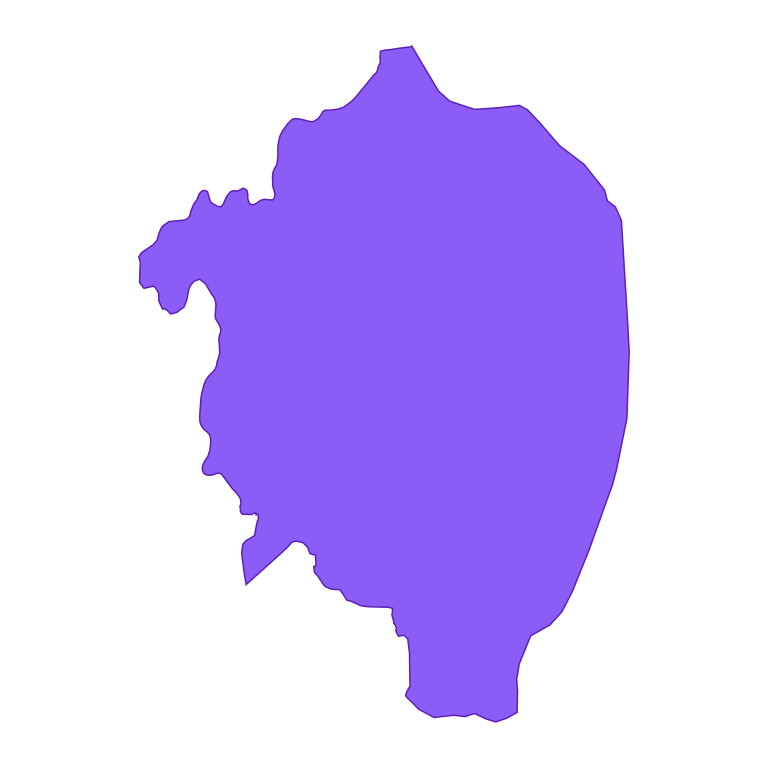 the district of Lamandau, Kalimantan Tengah, Indonesia
{"feature_id": "22746128B62127435888540", "entity_name": "Lamandau", "entity_type": "district", "adm_level": 2, "iso_a3": "IDN", "parent_name": "Indonesia", "parent_adm1": "Kalimantan Tengah", "projection": "equal_earth", "projection_center": [111.153, -1.823], "detail": "fine", "context": "isolated", "style": "filled", "palette": "violet", "viewbox_px": 768, "rotation_deg": 0, "n_neighbors": 0, "source": "geoboundaries", "source_scale": "gbopen_adm2", "svg_char_len": 5270}
<svg xmlns="http://www.w3.org/2000/svg" viewBox="0 0 768 768"><path d="M246.1,584.6L266.8,566.1L287.1,547.7L291.8,542.4L294.4,541.3L297.3,541.3L303.0,542.7L307.5,547.1L310.1,553.7L315.2,555.1L315.4,555.1L315.4,555.5L316.1,565.1L313.7,566.7L314.5,572.5L318.0,576.3L322.8,583.7L325.2,586.6L331.6,589.2L340.0,589.8L344.3,596.0L346.7,600.1L351.4,601.4L360.5,605.6L367.7,606.7L369.7,606.8L373.9,606.9L387.5,607.2L392.2,608.1L392.5,611.0L391.9,615.1L393.7,621.3L393.8,623.3L395.1,624.9L396.5,628.4L395.8,630.1L396.3,632.1L398.5,636.3L403.9,635.2L407.8,639.0L409.5,653.3L409.8,674.1L409.9,681.2L410.0,682.9L410.1,685.9L407.0,691.3L405.6,695.4L406.4,696.9L414.6,705.0L418.6,709.2L434.1,717.5L446.2,716.1L453.2,715.3L453.3,715.3L453.8,715.3L464.9,716.6L474.6,713.5L481.5,716.8L486.0,718.9L495.7,721.9L506.8,718.2L517.1,712.4L517.5,690.3L517.0,685.0L516.7,678.2L517.8,672.9L519.2,664.0L530.7,635.8L550.0,624.9L561.9,611.8L566.3,603.3L569.5,596.9L572.3,591.6L579.8,572.9L589.1,549.9L594.4,534.9L596.1,530.4L596.3,529.8L599.9,519.7L605.0,505.3L612.4,485.0L614.9,475.5L616.3,470.5L624.2,431.7L626.9,418.3L627.8,392.0L628.8,363.9L629.2,352.1L627.9,327.0L621.4,220.5L615.3,206.8L607.4,200.8L604.5,190.0L590.0,171.8L584.4,164.7L559.4,145.6L540.3,123.4L527.6,109.9L519.3,105.4L514.0,106.0L499.1,107.7L474.5,109.4L449.8,101.2L438.5,91.1L420.5,60.9L411.8,46.1L411.3,46.8L406.1,47.4L395.8,48.7L391.5,49.5L384.5,50.2L380.5,51.2L380.0,56.5L380.3,61.8L379.8,63.9L378.0,67.3L377.5,70.1L376.7,72.2L375.3,73.7L373.1,75.5L372.3,76.8L369.2,80.7L362.8,88.5L355.6,97.2L353.6,99.3L351.9,101.0L349.0,103.3L343.9,107.0L338.3,109.1L331.7,109.9L331.6,110.0L328.7,110.3L325.3,110.1L323.1,111.4L321.2,114.5L319.5,117.0L317.8,118.9L314.1,121.2L312.0,121.8L310.4,121.5L308.5,121.2L305.4,120.4L300.4,119.1L295.2,118.6L292.2,119.3L287.4,124.2L282.6,130.7L279.7,136.6L277.9,145.9L277.9,155.2L277.2,163.2L275.9,166.5L274.3,168.9L272.9,172.7L272.5,176.8L272.7,182.1L272.6,185.2L273.3,188.2L274.0,190.2L274.9,194.0L274.5,197.5L272.7,199.9L269.5,199.9L265.0,199.3L261.8,199.9L259.2,201.3L257.2,202.8L255.4,203.9L252.6,204.8L250.5,204.3L249.0,202.4L247.8,199.0L247.8,194.6L246.9,190.4L245.5,189.1L242.9,188.2L241.1,189.3L237.5,191.1L234.8,190.8L232.7,190.8L230.7,191.6L228.8,193.7L226.5,196.9L224.7,200.8L223.4,203.9L221.2,206.6L219.4,206.6L217.0,206.1L212.6,203.5L210.6,202.0L209.7,199.2L207.5,191.6L204.6,190.4L201.9,191.0L199.2,193.8L197.0,199.6L193.7,204.2L190.6,211.8L190.3,214.3L188.4,217.9L185.0,220.0L169.0,221.6L166.1,223.6L162.1,226.6L159.2,232.5L159.1,232.8L159.0,233.2L157.9,237.1L156.9,240.6L155.5,242.1L154.2,243.5L152.9,244.9L149.1,247.5L146.4,249.4L146.1,249.5L143.9,251.1L143.5,251.3L141.4,252.8L140.4,254.4L140.0,255.1L138.8,256.8L140.3,262.6L140.1,266.7L139.9,271.2L139.7,278.1L139.6,280.3L139.5,282.3L143.9,288.3L149.8,287.0L152.8,286.3L153.3,286.1L155.4,287.6L158.4,292.7L158.5,292.8L158.6,295.5L158.6,295.8L158.7,297.1L158.9,301.2L159.5,302.5L162.5,309.1L163.6,308.8L164.3,308.6L166.2,309.8L167.2,310.4L167.3,310.5L167.5,310.7L170.6,314.0L176.7,312.4L177.5,311.9L179.4,310.4L181.0,309.2L183.1,307.8L183.9,307.2L184.7,305.3L184.8,305.0L185.0,304.5L186.4,301.0L186.7,300.2L188.8,289.3L189.3,288.1L189.9,286.7L190.1,286.3L190.3,285.8L190.5,285.5L191.3,284.5L192.3,283.2L192.9,282.6L193.6,281.8L194.0,281.2L196.6,280.3L197.8,279.9L199.8,279.1L201.1,280.3L204.6,283.2L205.6,284.1L206.0,284.7L206.8,286.1L208.1,288.3L210.9,292.9L211.6,294.0L212.4,295.3L212.7,295.7L213.7,297.1L214.0,297.5L214.4,298.0L215.2,300.4L215.9,303.8L215.9,306.7L215.6,309.6L215.4,312.1L215.2,314.6L215.2,316.3L215.6,318.7L217.3,321.6L219.5,325.4L220.4,328.0L220.9,330.3L220.8,330.9L220.6,332.3L219.8,334.3L219.1,337.0L219.0,338.2L218.8,339.5L219.1,341.9L219.3,344.4L219.7,353.0L219.1,355.6L218.7,357.0L218.5,357.9L218.3,358.4L218.2,358.9L217.2,361.5L216.5,365.7L215.2,369.0L213.2,371.6L210.9,373.9L209.2,375.6L208.9,375.8L208.7,376.1L205.9,380.0L205.7,380.3L204.1,384.3L201.6,393.9L201.3,396.3L201.2,396.5L200.9,398.6L200.8,400.3L200.6,402.9L200.5,404.7L200.4,406.3L200.3,407.0L199.7,416.4L199.9,421.6L201.0,425.1L203.5,428.9L206.7,431.6L208.2,433.1L209.4,434.4L209.5,434.8L210.0,436.3L210.1,436.6L210.6,438.3L210.7,442.4L210.5,444.6L209.7,450.7L208.6,454.2L208.5,454.5L207.9,456.4L207.2,457.4L206.5,458.4L205.4,460.2L204.6,461.4L204.5,461.6L203.9,462.7L203.2,464.2L203.1,464.3L202.6,466.6L202.4,467.4L202.4,467.5L202.4,468.7L202.5,470.5L202.8,471.1L203.6,473.0L204.9,474.2L206.1,474.6L207.6,475.1L207.8,475.2L210.2,475.2L212.7,474.9L212.8,474.9L213.4,474.6L214.8,474.0L216.2,473.5L217.0,473.4L219.2,473.3L219.8,473.2L220.3,473.5L221.8,474.4L222.6,475.6L223.8,477.2L224.2,477.7L227.4,482.0L232.3,488.7L233.4,489.8L235.8,492.3L236.8,493.3L239.6,497.3L240.6,499.7L241.0,504.0L239.9,506.3L240.4,508.8L240.3,511.0L241.3,513.2L242.7,514.3L245.6,514.3L247.2,514.2L249.8,514.6L252.0,514.3L253.4,513.7L254.4,513.0L255.5,512.9L256.1,514.9L257.6,514.3L258.2,515.4L258.4,517.5L258.3,519.2L257.4,520.8L256.9,523.4L256.4,525.3L254.7,535.0L253.5,536.3L249.4,538.7L247.5,539.8L246.6,540.3L246.4,540.4L243.3,543.7L243.0,544.0L243.0,544.3L242.7,545.5L242.6,546.1L242.4,547.1L242.4,547.3L242.2,548.5L242.1,549.6L242.0,550.4L241.9,551.1L241.7,553.2L244.3,573.8L246.1,584.1L246.1,584.6Z" fill="#8b5cf6" stroke="#5b21b6" stroke-width="1.5"/></svg>